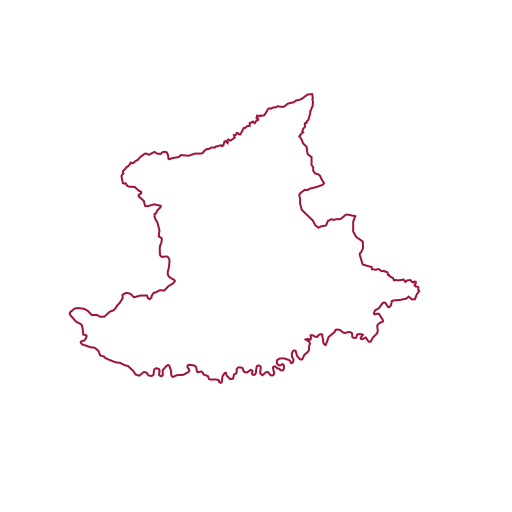 the district of Uberlândia, Minas Gerais, Brazil, rotated 122°
{"feature_id": "56859067B26403071497163", "entity_name": "Uberlândia", "entity_type": "district", "adm_level": 2, "iso_a3": "BRA", "parent_name": "Brazil", "parent_adm1": "Minas Gerais", "projection": "albers", "projection_center": [-48.327, -19.004], "detail": "fine", "context": "isolated", "style": "outline", "palette": "rose", "viewbox_px": 512, "rotation_deg": 122, "n_neighbors": 0, "source": "geoboundaries", "source_scale": "gbopen_adm2", "svg_char_len": 6143}
<svg xmlns="http://www.w3.org/2000/svg" viewBox="0 0 512 512"><g transform="rotate(122 256 256)"><path d="M199.3,98.9L199.0,100.4L196.7,101.5L196.3,102.6L197.2,104.2L196.9,106.0L194.1,106.1L193.3,106.9L193.7,108.2L195.2,108.7L195.4,109.9L194.5,112.2L196.7,115.0L198.8,115.5L197.8,118.6L199.1,119.7L201.6,123.0L202.2,124.7L203.5,126.1L202.1,128.1L202.3,132.1L201.7,133.0L202.1,134.1L200.5,135.4L200.1,136.8L200.8,138.2L200.8,139.7L201.8,140.5L202.3,141.9L202.0,144.5L202.8,146.1L204.0,146.8L205.8,150.7L204.1,152.1L206.7,161.0L200.0,168.7L198.6,169.3L197.1,168.8L192.6,169.4L187.2,173.1L186.7,181.2L183.7,186.6L175.3,191.8L169.6,192.9L172.5,200.6L173.7,201.8L179.4,203.7L180.6,204.7L181.9,207.0L184.2,209.3L184.9,211.6L188.3,213.6L192.5,212.8L193.5,213.3L196.5,216.6L198.8,217.9L198.6,221.8L195.8,226.6L192.6,241.6L188.0,246.6L184.5,248.6L181.7,251.3L180.8,251.9L179.4,251.8L174.0,249.7L172.9,247.4L170.0,245.8L166.2,241.9L160.4,237.2L158.2,236.9L155.8,241.8L154.1,244.0L153.7,246.8L154.6,249.3L153.8,251.8L153.0,253.0L150.6,254.3L149.3,257.2L142.7,261.3L142.4,265.1L141.6,266.9L136.6,270.9L135.6,275.7L133.0,279.1L131.5,282.7L130.4,282.3L129.2,282.7L126.0,281.6L125.6,282.9L123.2,283.4L120.2,283.0L118.3,284.6L117.2,284.7L116.5,283.7L115.4,284.3L112.4,283.8L106.1,285.7L104.6,286.8L103.4,286.5L100.9,287.3L99.3,287.3L95.3,289.2L93.2,291.3L92.1,291.4L88.9,294.1L91.8,297.9L97.9,300.2L101.3,302.5L102.6,304.3L105.5,305.4L110.0,309.8L114.5,311.3L115.8,313.0L117.7,317.3L119.3,317.8L121.0,320.2L123.2,321.4L123.6,322.9L124.7,323.6L132.2,323.5L134.3,325.7L134.5,326.8L135.7,327.1L136.2,329.4L138.6,328.8L138.4,327.1L139.4,326.3L140.7,327.4L144.0,327.4L144.1,328.8L143.6,329.9L145.7,330.9L146.5,331.8L148.9,330.3L150.6,332.3L152.9,332.9L153.8,334.2L161.2,333.7L161.8,334.8L161.4,336.0L161.9,337.6L163.1,337.2L164.3,337.6L165.2,338.8L166.8,336.8L171.6,338.7L171.9,341.3L173.4,341.4L174.2,340.3L175.3,339.9L174.8,342.8L175.8,343.4L179.4,342.3L180.9,343.0L180.4,344.0L184.4,348.0L185.8,348.3L187.5,351.2L190.3,352.8L191.4,354.4L195.1,355.9L196.2,355.5L198.0,356.5L201.5,362.0L206.6,366.2L210.2,373.1L213.2,374.1L216.8,378.3L220.0,381.0L219.7,382.1L217.6,383.5L216.0,385.6L215.4,386.8L215.9,388.4L217.4,390.2L220.0,391.0L221.5,393.9L221.5,397.2L226.9,400.5L227.4,403.8L228.8,404.8L233.6,406.7L237.1,407.2L239.3,408.5L242.0,409.2L242.9,410.2L243.2,411.8L245.1,411.5L248.1,412.2L249.3,413.0L250.7,412.9L254.2,413.7L255.7,413.3L256.2,412.2L258.7,412.7L259.9,412.1L264.7,407.6L264.6,406.3L263.4,405.1L264.7,402.4L264.6,400.7L261.8,395.5L262.8,389.0L262.3,387.7L263.6,386.6L266.4,387.8L267.6,387.1L268.7,380.4L272.3,376.7L271.4,374.5L266.1,369.7L263.9,363.3L265.2,362.8L269.6,363.9L272.7,363.4L274.0,364.3L275.1,363.6L276.5,362.8L278.3,360.5L279.5,357.8L285.1,351.7L291.0,348.8L290.8,345.7L291.4,344.9L295.1,343.2L297.7,342.9L300.4,341.8L305.8,338.1L306.6,336.7L306.5,335.1L304.0,332.0L303.5,330.7L303.8,329.4L305.2,327.3L306.5,326.5L311.8,323.8L316.3,322.4L318.7,320.8L319.8,318.4L319.7,312.5L320.2,311.5L322.9,311.7L328.1,314.3L333.9,315.5L336.0,319.4L340.4,322.0L341.2,323.2L345.3,323.4L346.6,322.6L349.1,323.5L349.0,325.3L347.3,327.5L350.9,333.2L355.7,337.6L354.6,342.2L355.5,345.5L356.2,346.6L359.2,348.5L360.2,348.4L362.3,346.7L367.8,346.7L371.4,347.5L375.3,347.5L378.0,348.3L380.7,350.5L387.7,352.4L390.1,355.9L390.3,359.7L393.1,363.8L391.7,369.3L391.7,371.4L392.0,374.0L393.9,378.2L395.8,381.2L397.1,382.1L402.4,383.9L403.7,383.2L404.6,382.0L407.0,374.0L406.6,367.7L408.4,365.4L414.2,360.8L413.2,358.5L413.6,357.1L417.3,356.6L418.9,357.0L421.1,359.0L422.1,359.0L423.1,356.8L420.9,347.3L419.9,346.0L419.3,343.5L420.0,339.3L422.9,335.5L421.8,331.6L422.4,330.0L422.2,327.9L421.0,320.7L420.0,317.3L418.6,314.8L418.2,309.5L417.1,306.2L418.7,298.7L420.3,295.3L419.3,291.5L414.1,289.8L413.1,288.2L413.0,286.9L414.1,284.5L414.0,283.0L413.0,280.9L411.6,280.1L410.4,280.2L407.5,281.8L405.8,282.1L403.9,281.0L403.3,278.4L403.9,277.3L408.2,275.2L408.4,273.4L407.9,272.3L406.4,271.9L403.0,274.3L401.4,274.5L397.3,273.8L395.1,272.9L394.9,271.5L398.1,267.5L401.9,264.7L402.6,263.6L402.5,262.3L399.0,260.0L395.4,254.8L390.4,251.9L389.0,251.7L387.7,252.4L386.7,255.2L385.1,255.9L384.1,255.6L383.3,254.3L381.5,250.0L381.9,248.0L385.0,245.0L385.5,243.9L382.9,241.1L383.0,239.7L384.2,237.8L383.4,233.0L385.2,230.7L384.9,229.0L382.3,225.2L381.1,222.4L381.4,221.2L382.4,220.4L382.4,218.8L381.3,218.2L375.6,220.7L371.9,220.5L371.0,219.6L372.9,217.7L374.1,212.7L372.1,210.4L368.1,211.9L366.5,210.7L364.7,210.8L362.3,212.4L360.7,212.3L359.4,211.5L358.3,209.0L358.3,207.7L360.4,205.4L360.4,203.6L359.5,201.9L355.3,200.1L355.3,198.1L358.0,196.9L358.4,195.5L357.4,194.2L355.7,194.0L350.3,196.5L348.7,196.8L347.4,195.7L347.1,194.2L347.7,193.0L352.4,190.9L353.4,189.9L353.7,187.4L349.1,185.8L348.1,184.5L349.4,180.3L348.7,178.9L347.3,178.1L346.0,178.3L341.7,182.5L340.3,182.4L339.6,181.6L339.9,177.8L339.3,176.8L339.9,174.4L338.6,172.4L336.2,172.8L333.7,174.9L333.7,176.3L336.0,177.5L336.7,179.2L335.9,181.5L333.4,183.0L330.4,181.6L327.9,177.9L326.7,172.8L326.9,171.4L328.1,170.1L327.9,168.9L326.8,168.4L324.2,169.0L322.3,172.2L319.7,174.0L316.9,174.2L315.7,173.5L315.5,172.0L318.9,168.4L320.3,164.0L319.9,162.8L318.9,162.0L314.4,162.6L309.2,161.1L307.6,161.3L304.1,163.3L301.7,163.7L300.1,166.3L300.7,168.1L300.5,169.7L299.1,168.5L298.1,165.5L296.9,165.7L294.3,167.7L293.3,166.3L293.0,162.8L292.4,161.4L289.4,160.9L288.0,159.7L287.5,158.4L294.2,152.5L294.8,151.0L294.5,149.7L286.1,151.5L278.6,149.0L277.0,149.5L275.7,148.8L274.2,145.7L274.7,141.8L274.4,140.1L271.3,137.1L270.5,135.2L270.7,133.6L273.7,131.3L273.7,130.1L273.1,128.5L272.1,127.8L269.2,128.6L267.9,127.7L266.5,125.1L266.2,123.6L270.0,123.9L270.7,122.9L270.1,121.6L266.9,119.8L268.9,115.3L268.5,114.0L267.7,113.3L263.5,113.7L257.3,112.3L254.6,113.3L251.0,116.2L249.4,116.4L246.8,115.4L244.5,113.7L243.3,114.1L239.9,121.1L240.6,122.5L242.7,124.5L242.0,125.8L238.8,126.2L235.3,124.1L229.0,123.7L227.6,122.8L227.2,121.4L229.3,117.0L228.9,115.9L226.3,115.4L222.2,116.9L220.9,115.9L217.3,111.0L212.7,106.1L209.6,105.0L210.1,100.6L208.4,98.3L203.3,99.4L199.3,98.9Z" fill="none" stroke="#9f1239" stroke-width="2"/></g></svg>